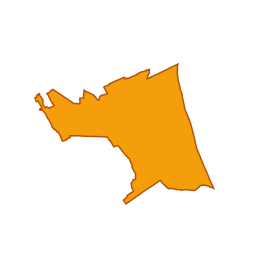 Mosna, Iasi, Romania (orthographic projection), rotated 194°
{"feature_id": "2599482B14546086998292", "entity_name": "Mosna", "entity_type": "district", "adm_level": 2, "iso_a3": "ROU", "parent_name": "Romania", "parent_adm1": "Iasi", "projection": "orthographic", "projection_center": [27.981, 46.915], "detail": "fine", "context": "isolated", "style": "filled", "palette": "amber", "viewbox_px": 256, "rotation_deg": 194, "n_neighbors": 0, "source": "geoboundaries", "source_scale": "gbopen_adm2", "svg_char_len": 5658}
<svg xmlns="http://www.w3.org/2000/svg" viewBox="0 0 256 256"><g transform="rotate(194 128 128)"><path d="M188.2,99.4L185.8,101.0L185.4,101.0L185.0,102.0L184.5,102.0L184.3,102.2L183.8,103.5L183.7,103.4L182.3,104.3L181.8,104.7L181.8,104.9L182.5,106.0L182.6,106.3L173.2,108.7L170.8,109.0L168.9,109.4L164.5,110.3L163.0,110.6L159.9,111.4L155.0,112.4L153.0,112.9L152.3,113.0L151.5,113.1L147.7,113.9L147.1,113.9L145.9,114.3L145.6,113.9L144.9,113.2L144.4,112.7L143.8,112.2L142.8,111.2L142.1,111.5L137.2,106.3L134.0,108.3L133.7,108.4L133.2,108.4L132.2,107.7L131.6,107.0L131.2,106.8L130.3,106.1L129.0,105.2L128.6,104.7L127.3,103.7L126.4,103.1L125.1,102.0L123.0,100.6L122.0,100.1L121.8,99.9L121.6,99.7L121.3,99.4L120.0,98.9L119.7,98.7L119.4,98.5L119.1,98.2L118.8,97.7L118.4,97.1L117.7,96.2L116.9,94.8L116.2,94.6L115.9,94.4L115.7,94.0L115.3,93.2L114.7,91.5L114.4,90.8L114.0,90.1L112.8,88.9L111.7,87.5L111.5,87.3L110.7,86.7L110.4,86.3L109.7,85.8L109.7,85.5L109.3,84.6L109.3,84.0L108.2,80.2L110.2,79.1L110.6,78.9L110.6,78.7L110.3,77.9L110.3,77.7L110.6,77.2L111.1,76.1L111.5,75.2L111.5,74.9L111.3,74.3L110.6,72.9L110.3,72.3L110.1,71.5L109.9,71.0L108.2,69.2L108.0,68.9L107.4,68.1L107.4,67.9L107.7,67.4L109.0,66.3L111.5,63.4L111.9,63.0L112.6,62.1L112.4,61.7L112.2,61.3L112.3,60.8L113.1,59.6L113.4,59.0L113.7,58.5L114.0,58.1L115.0,56.8L114.9,56.6L114.5,56.3L112.2,54.3L111.9,54.1L111.6,53.9L111.5,54.0L110.5,55.0L103.1,63.7L96.8,71.0L91.6,76.7L91.2,77.1L90.6,77.6L89.3,79.0L85.5,83.4L83.8,85.1L82.8,84.0L82.4,83.7L80.5,82.4L78.4,81.3L77.5,80.7L76.8,80.4L76.5,80.1L75.3,79.5L74.9,79.4L74.2,79.0L73.8,78.9L73.1,79.1L72.1,79.6L70.9,79.9L69.9,80.1L69.5,80.2L69.2,80.0L68.7,80.0L67.3,80.0L65.7,80.0L64.6,80.4L63.6,80.5L62.5,80.7L61.9,80.7L61.4,80.6L61.1,80.6L60.7,80.7L59.6,81.4L58.6,81.6L58.1,81.7L57.3,82.2L56.8,82.4L55.8,82.4L54.3,82.6L53.1,82.6L52.2,82.9L51.4,82.9L49.8,83.2L48.9,83.2L48.5,83.3L48.3,83.4L48.1,83.6L47.8,84.1L47.4,84.5L46.7,85.3L45.5,86.7L44.8,87.9L44.2,89.1L44.0,89.4L43.6,89.7L43.1,89.8L42.4,90.4L41.6,90.4L40.8,90.9L40.6,91.0L39.9,91.1L39.4,91.1L38.3,91.0L38.1,91.0L37.1,91.3L36.6,91.2L36.2,91.0L35.8,91.0L34.2,90.5L33.3,90.4L32.9,90.5L32.7,90.6L32.2,90.6L30.8,90.4L30.4,90.3L36.2,97.7L41.7,105.1L45.4,109.8L49.5,115.4L56.7,125.2L56.7,125.3L63.2,138.2L64.5,140.5L66.4,144.0L67.1,145.3L69.1,148.6L70.5,150.7L73.5,154.7L77.1,159.7L78.0,161.3L78.6,162.8L82.8,171.3L83.3,173.0L85.1,176.0L85.9,176.9L86.4,177.7L86.8,178.4L87.0,179.0L87.4,179.8L87.6,180.5L88.1,181.5L88.4,181.9L88.9,182.9L89.1,183.5L89.3,183.9L90.2,185.1L90.8,186.5L91.1,187.1L91.7,188.5L92.1,189.6L92.6,190.7L92.8,191.4L93.1,192.5L93.4,193.1L93.8,194.0L94.0,196.1L94.0,196.4L94.2,197.0L94.5,197.6L95.0,199.9L95.0,200.6L94.9,201.9L94.9,202.1L99.3,198.5L110.5,189.1L121.1,180.5L121.1,181.1L121.1,181.6L121.1,181.9L121.3,182.1L121.7,182.7L121.8,182.8L121.8,183.0L121.2,184.1L121.2,184.3L121.1,185.0L120.8,185.6L120.6,186.3L120.6,186.5L120.7,187.1L121.0,188.0L121.1,188.4L121.2,188.9L121.2,189.9L121.6,189.8L122.0,189.6L122.8,189.4L124.0,188.7L124.6,188.1L125.0,187.6L126.0,186.9L126.7,186.5L128.0,186.0L128.5,185.7L130.5,184.1L131.1,183.4L131.4,183.2L131.6,183.2L131.8,183.1L131.9,182.9L131.9,182.3L132.0,182.1L137.9,177.8L140.0,176.0L140.6,175.9L141.0,176.1L141.4,176.0L141.7,175.9L142.6,174.9L143.9,176.3L146.4,174.5L155.5,167.4L156.7,166.4L156.4,166.0L157.1,165.4L158.6,164.1L159.8,163.2L161.1,162.1L161.3,161.8L160.3,160.7L159.7,160.1L157.1,157.3L156.2,156.5L156.1,156.4L157.0,155.8L157.9,155.2L160.0,154.2L162.0,153.1L162.2,152.9L162.8,151.4L163.0,150.4L163.1,150.1L163.0,149.7L162.9,149.2L162.8,148.5L163.0,148.1L164.0,148.0L164.6,148.2L166.6,149.7L167.5,150.5L168.1,150.7L168.3,150.8L168.5,151.2L168.6,151.3L169.8,151.9L172.7,152.3L173.4,152.5L174.2,152.8L175.9,153.0L176.2,153.1L176.6,153.0L177.7,153.3L179.2,153.8L179.7,154.1L179.7,153.7L179.5,152.9L179.5,152.2L179.1,149.7L178.8,148.1L178.7,147.4L178.4,146.3L181.9,145.2L181.8,144.5L180.9,141.6L180.9,141.1L180.7,140.7L180.5,140.4L180.5,139.9L180.8,139.8L182.3,139.4L182.6,139.5L183.6,139.5L185.2,138.9L186.1,138.6L186.3,138.6L210.3,147.3L210.8,146.7L211.6,145.6L212.1,145.4L212.4,144.7L212.7,143.6L212.9,143.4L213.2,143.0L213.3,142.9L213.9,142.7L214.1,142.6L214.4,142.3L215.0,141.8L214.1,141.1L212.8,140.0L212.7,139.9L211.9,138.6L211.1,137.8L210.4,137.1L209.9,136.1L209.6,135.7L208.3,134.6L207.7,134.2L207.4,134.0L207.3,133.6L207.0,133.3L206.7,133.0L206.1,132.9L205.9,132.7L205.3,132.0L205.0,131.4L206.3,130.6L207.4,129.8L209.6,128.1L210.0,128.2L210.8,128.8L211.2,128.9L211.6,128.8L212.0,128.6L212.9,127.8L213.4,127.6L213.8,128.1L214.1,128.5L214.6,129.0L215.4,129.5L215.9,130.0L216.3,130.6L216.4,131.0L216.6,131.9L217.1,133.1L217.1,133.3L217.1,133.6L217.1,133.9L217.2,134.5L217.4,134.8L217.7,135.1L218.0,135.4L218.6,135.7L218.8,135.8L219.2,136.4L219.7,136.9L221.8,138.3L221.7,139.2L221.9,139.4L222.3,139.8L222.5,139.9L223.1,139.6L223.2,139.4L223.3,139.1L223.2,138.4L223.3,138.3L223.6,138.1L224.3,137.9L224.4,137.4L224.2,137.0L224.2,136.9L224.4,136.8L224.2,136.4L224.0,136.0L224.0,135.8L224.8,135.4L225.6,134.7L224.5,133.2L223.2,131.3L221.8,132.4L218.9,129.3L216.4,126.7L217.3,125.7L218.2,124.8L218.3,124.7L218.2,124.5L218.1,124.3L217.8,124.0L217.2,124.1L216.7,124.2L216.2,124.5L215.6,124.7L214.5,124.1L214.1,124.0L213.9,123.9L213.4,123.3L212.1,122.3L211.0,121.2L209.6,119.6L208.5,118.2L207.7,117.4L206.4,116.5L206.2,116.3L206.1,116.0L204.2,114.1L202.7,112.3L202.6,111.3L199.9,109.1L199.5,108.8L198.6,108.6L198.2,109.0L196.4,107.4L195.8,107.2L195.7,107.0L195.2,107.3L194.5,106.9L193.4,105.7L192.9,105.0L191.9,104.3L191.5,103.9L191.3,103.3L191.0,102.5L189.3,100.6L188.2,99.4Z" fill="#f59e0b" stroke="#b45309" stroke-width="1.5"/></g></svg>